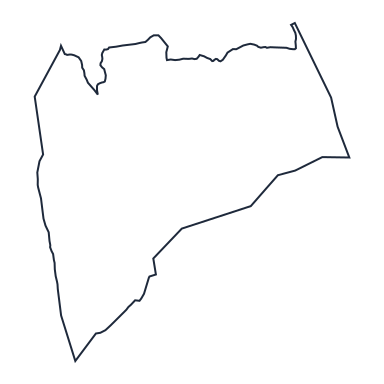 the district of San Pedro Jocotipac, Oaxaca, Mexico
{"feature_id": "50627088B2588264946725", "entity_name": "San Pedro Jocotipac", "entity_type": "district", "adm_level": 2, "iso_a3": "MEX", "parent_name": "Mexico", "parent_adm1": "Oaxaca", "projection": "mercator", "projection_center": [-97.075, 17.749], "detail": "fine", "context": "isolated", "style": "outline", "palette": "slate", "viewbox_px": 384, "rotation_deg": 0, "n_neighbors": 0, "source": "geoboundaries", "source_scale": "gbopen_adm2", "svg_char_len": 1972}
<svg xmlns="http://www.w3.org/2000/svg" viewBox="0 0 384 384"><path d="M34.7,96.6L43.1,154.5L39.5,161.2L37.3,172.5L37.8,179.2L37.7,184.9L38.1,187.3L40.1,195.0L41.0,198.4L42.2,208.2L43.5,218.6L45.5,225.6L48.7,232.3L49.5,241.0L50.3,245.2L50.1,247.2L51.6,251.2L53.1,254.0L53.9,260.0L54.6,262.9L54.8,269.3L55.7,276.2L57.0,281.6L57.5,284.3L57.8,289.3L57.9,289.6L57.9,290.0L61.1,315.5L75.3,361.0L95.9,333.5L100.3,332.8L105.4,330.2L110.8,325.2L126.3,309.8L128.4,307.0L131.0,304.7L135.1,300.3L139.5,300.8L141.2,298.6L144.0,293.8L148.9,277.6L149.5,276.5L155.9,274.5L153.3,258.5L181.8,228.6L250.8,206.1L266.9,187.7L277.9,175.2L295.1,170.6L307.0,164.7L322.3,157.1L349.3,157.5L337.6,126.7L331.1,97.6L294.8,23.0L291.1,24.9L292.7,27.2L293.9,30.0L295.3,32.8L295.9,35.6L296.0,38.9L295.4,41.6L295.8,45.6L295.9,48.3L294.8,49.2L293.1,49.2L291.3,49.0L289.6,48.8L286.5,47.8L283.8,47.7L275.2,47.4L270.3,47.2L266.9,47.8L265.4,47.0L263.4,47.2L260.9,47.7L258.3,46.9L257.0,45.7L254.2,44.6L250.3,43.8L247.5,44.4L243.3,45.5L239.9,47.3L236.3,49.2L232.9,49.1L230.3,50.8L227.5,52.6L225.9,55.4L222.8,59.8L220.5,61.3L218.9,60.8L217.3,59.2L215.9,58.9L214.3,59.9L213.4,60.9L212.2,61.1L210.3,59.1L207.0,57.9L204.1,56.3L199.7,55.0L198.4,56.9L196.7,58.8L194.5,59.1L192.0,58.5L188.8,58.9L183.2,58.7L179.3,59.7L175.1,60.1L170.7,59.5L167.0,60.1L166.5,57.8L166.3,52.2L167.8,46.4L161.1,38.1L158.4,35.3L153.8,35.3L150.3,37.3L147.8,39.9L145.4,42.0L141.9,42.5L139.5,43.0L135.4,44.0L122.7,45.5L116.1,46.7L109.1,47.5L108.0,49.1L106.0,49.6L104.3,49.5L102.3,53.0L101.8,55.0L102.2,56.9L102.4,58.9L101.9,61.2L100.6,63.2L100.4,65.2L102.1,67.4L104.2,69.1L104.9,71.9L105.8,75.3L105.5,78.7L104.8,81.5L103.5,82.2L101.9,82.5L99.7,83.3L97.9,84.3L97.0,86.0L97.0,90.2L97.8,94.6L94.3,90.0L87.9,82.7L86.7,79.7L84.6,75.8L84.4,73.3L83.9,70.3L82.2,67.7L82.1,65.0L81.2,61.0L78.6,57.3L76.2,56.2L74.3,55.3L71.7,54.6L69.9,54.5L67.1,54.9L66.2,54.4L64.8,54.1L61.0,45.8L59.9,50.0L34.7,96.6Z" fill="none" stroke="#1e293b" stroke-width="2"/></svg>